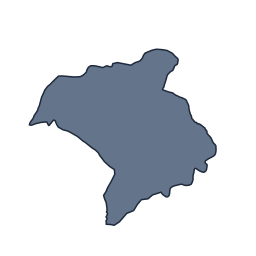 the district of Toomlarn, Saravan, Laos, rotated 146°
{"feature_id": "54806243B58304199894051", "entity_name": "Toomlarn", "entity_type": "district", "adm_level": 2, "iso_a3": "LAO", "parent_name": "Laos", "parent_adm1": "Saravan", "projection": "mercator", "projection_center": [106.21, 16.024], "detail": "fine", "context": "isolated", "style": "filled", "palette": "slate", "viewbox_px": 256, "rotation_deg": 146, "n_neighbors": 0, "source": "geoboundaries", "source_scale": "gbopen_adm2", "svg_char_len": 4614}
<svg xmlns="http://www.w3.org/2000/svg" viewBox="0 0 256 256"><g transform="rotate(146 128 128)"><path d="M64.7,115.3L64.6,116.1L64.2,118.0L64.3,119.3L65.1,120.8L66.2,122.7L67.6,124.4L68.4,125.7L69.1,127.1L70.1,128.5L70.8,130.2L71.0,131.4L71.9,132.8L73.4,134.3L74.8,136.0L76.7,138.6L77.9,140.4L77.9,140.5L76.7,141.5L75.7,141.7L73.9,143.3L71.3,145.3L68.7,147.4L66.5,149.4L64.9,150.2L63.7,150.5L63.3,150.5L63.0,150.6L62.7,150.6L62.4,150.7L62.0,150.8L61.8,150.9L61.4,150.9L60.9,150.9L60.6,150.9L60.1,150.9L59.7,150.8L59.3,150.7L58.9,150.7L58.6,150.8L58.2,150.9L58.0,151.0L57.8,151.1L57.6,151.3L57.3,151.6L57.0,151.8L56.8,151.9L56.5,152.0L56.3,152.1L56.0,152.2L55.8,152.4L55.5,152.7L55.1,153.1L54.9,153.3L54.5,153.3L53.8,153.4L53.4,153.4L52.8,153.3L52.4,153.3L51.9,153.3L51.7,153.3L51.4,153.4L51.1,153.6L50.8,153.8L50.5,154.1L50.2,154.4L50.1,154.7L49.8,155.0L48.8,155.8L48.2,156.8L48.0,157.6L48.3,159.4L48.8,160.7L49.1,163.0L49.5,165.3L52.2,170.3L53.1,171.3L55.8,173.8L59.3,176.6L60.8,177.6L62.8,178.4L65.2,179.2L71.7,180.5L72.3,180.4L73.1,180.1L74.5,179.6L75.5,178.9L76.8,178.1L77.9,177.6L80.1,177.0L80.9,177.0L81.8,177.2L83.2,177.5L85.0,178.1L86.0,178.2L86.8,178.3L88.4,178.4L90.4,178.4L93.3,181.3L100.1,188.1L102.3,189.0L103.3,189.3L104.1,189.8L104.8,189.7L105.6,189.1L106.4,188.2L107.0,188.1L107.7,188.4L108.4,188.7L109.2,189.4L109.8,190.1L110.4,191.2L111.1,191.5L112.5,191.8L115.0,192.1L119.7,197.1L120.8,198.1L121.9,199.0L122.9,199.7L124.1,200.4L125.3,200.5L126.6,200.5L127.5,200.2L128.3,199.8L129.6,199.1L131.3,197.6L135.5,196.9L138.7,197.2L141.7,198.9L144.5,200.7L151.4,206.3L153.7,208.1L156.7,209.9L162.8,208.8L168.8,207.6L170.3,207.6L171.9,207.3L173.3,206.8L175.4,206.1L182.6,201.7L187.7,197.2L189.8,195.5L191.1,194.9L191.8,194.3L192.7,193.4L194.6,192.5L198.5,190.9L199.6,190.3L200.7,189.4L202.1,188.7L203.1,188.4L204.3,188.0L205.7,187.4L206.8,186.8L208.0,185.7L206.8,184.5L205.5,184.0L204.0,183.7L201.2,182.9L196.4,181.0L192.6,178.8L192.0,178.3L192.1,177.3L192.4,174.9L192.3,174.4L191.7,174.3L186.1,176.0L185.0,176.1L184.6,175.6L184.4,174.6L185.2,170.5L185.3,167.8L183.0,163.0L180.1,159.7L178.4,157.0L174.5,149.0L173.0,143.8L172.7,142.5L171.6,140.2L168.9,131.5L167.4,128.2L166.8,125.6L166.5,124.1L166.8,121.0L166.5,116.5L166.4,113.5L165.3,109.0L164.8,106.6L163.2,102.7L162.5,101.2L164.8,97.1L171.8,93.1L178.5,89.8L181.8,87.6L185.9,85.8L187.0,82.5L187.8,78.4L190.0,73.8L190.2,73.6L190.4,73.0L190.7,72.6L191.1,72.1L191.5,71.3L191.8,71.0L192.1,70.9L192.6,70.6L192.8,70.4L192.8,70.1L192.7,69.9L192.7,69.7L192.6,69.1L192.7,68.8L192.9,68.5L193.2,68.3L193.6,68.2L193.9,67.7L194.1,67.3L194.4,67.1L195.1,67.0L195.6,66.8L195.9,66.5L196.0,66.2L195.9,65.8L195.9,65.3L195.9,64.8L196.3,64.4L196.7,64.1L197.2,63.8L197.6,63.6L198.1,63.3L198.3,63.0L198.4,62.7L198.3,62.3L198.5,62.1L198.8,61.9L199.1,61.6L199.3,61.3L199.5,60.8L199.6,60.6L199.8,60.3L196.4,57.7L193.8,55.1L187.6,55.0L176.8,57.9L169.5,56.4L163.2,59.3L156.9,61.1L151.0,58.1L145.1,58.8L136.5,56.3L136.5,54.3L136.1,52.4L134.9,49.6L133.7,48.8L132.7,48.8L131.6,49.2L130.4,50.2L129.2,51.6L128.3,52.8L127.1,54.0L125.7,54.6L124.3,54.6L121.7,54.1L119.4,53.2L117.6,52.6L115.7,51.8L114.6,51.1L113.6,49.5L112.2,48.0L110.3,46.9L108.4,46.2L107.0,46.1L105.1,47.1L103.1,48.7L101.9,50.4L100.7,52.2L98.4,54.1L97.5,55.2L96.2,56.5L95.4,57.0L94.7,56.9L94.3,56.4L93.6,54.8L93.2,53.6L92.3,51.8L91.3,50.4L90.6,49.5L89.8,48.9L88.9,48.7L87.2,49.0L86.1,49.7L84.4,51.5L83.1,53.0L83.0,53.9L83.5,55.4L83.3,56.6L82.1,57.4L80.4,57.5L77.6,57.4L75.5,57.1L73.0,56.9L71.6,57.0L70.0,57.7L68.3,59.3L66.9,61.1L65.7,63.2L65.1,64.1L65.1,65.7L65.6,67.8L65.3,70.0L64.8,72.6L64.8,74.8L65.3,77.4L65.4,79.1L65.4,79.4L65.3,79.6L65.3,79.8L65.2,80.0L64.9,80.4L64.8,80.5L64.6,80.7L64.5,80.9L64.4,81.1L64.4,81.3L64.4,81.6L64.5,81.8L64.6,82.1L64.6,82.4L64.5,82.6L64.5,82.9L64.4,83.0L64.5,83.2L64.5,83.4L64.5,83.6L64.5,83.8L64.5,84.1L64.4,84.4L64.4,84.6L64.3,84.8L64.3,85.1L64.5,85.5L64.7,86.1L64.8,86.4L64.9,86.9L65.1,87.4L65.2,87.7L65.3,88.1L65.4,88.6L65.5,88.9L65.7,89.3L65.8,89.5L65.9,89.9L66.1,90.5L66.3,90.8L66.5,91.2L66.7,91.5L66.8,91.7L67.0,91.8L67.1,92.0L67.4,92.1L67.5,92.1L67.8,92.4L67.9,92.6L68.0,92.8L68.1,93.0L68.1,93.4L68.1,93.7L68.0,94.0L68.1,94.3L68.4,94.5L68.5,94.6L68.8,94.8L69.0,95.0L69.1,95.3L69.2,95.6L69.3,95.8L69.3,96.1L69.3,96.6L69.3,96.9L69.4,97.0L69.5,97.4L69.5,97.5L69.5,98.1L69.5,98.4L69.5,98.7L69.5,98.9L69.5,99.1L69.6,99.4L69.7,99.6L69.7,99.9L69.8,100.0L69.7,100.4L69.6,100.8L69.5,101.0L69.4,101.3L69.3,101.5L69.1,101.8L69.0,102.0L68.8,102.2L68.8,102.3L68.5,104.6L67.6,107.7L66.4,110.4L65.4,112.1L64.8,114.2L64.7,115.3Z" fill="#64748b" stroke="#1e293b" stroke-width="1.5"/></g></svg>